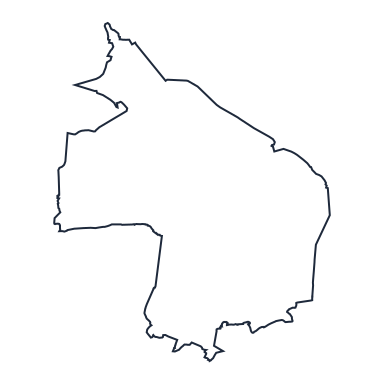 Cuitzeo, Michoacán, Mexico
{"feature_id": "50627088B4770354561434", "entity_name": "Cuitzeo", "entity_type": "district", "adm_level": 2, "iso_a3": "MEX", "parent_name": "Mexico", "parent_adm1": "Michoacán", "projection": "orthographic", "projection_center": [-101.122, 19.987], "detail": "fine", "context": "isolated", "style": "outline", "palette": "slate", "viewbox_px": 384, "rotation_deg": 0, "n_neighbors": 0, "source": "geoboundaries", "source_scale": "gbopen_adm2", "svg_char_len": 5782}
<svg xmlns="http://www.w3.org/2000/svg" viewBox="0 0 384 384"><path d="M75.1,85.0L94.6,91.0L96.5,90.9L97.0,92.8L97.1,93.0L103.0,95.1L110.4,99.8L113.7,102.5L114.3,103.2L116.4,107.0L117.6,107.5L117.0,103.3L116.9,103.1L119.2,102.5L120.4,101.8L121.5,102.2L124.0,104.6L127.2,108.3L126.6,111.0L99.4,127.2L95.9,130.3L95.2,131.3L93.9,131.5L92.2,131.1L90.2,130.6L88.5,130.2L86.6,130.3L85.2,130.3L84.1,130.5L82.2,130.7L80.9,131.0L78.6,132.0L76.9,133.3L75.1,134.4L73.5,134.3L67.6,133.0L65.4,161.3L64.5,163.9L63.9,165.1L62.1,166.7L59.4,167.9L58.3,170.2L58.4,171.0L58.7,177.0L59.2,193.3L59.2,194.7L58.9,194.7L58.8,195.4L58.3,195.4L58.2,196.2L57.4,196.1L57.4,198.1L59.1,198.4L57.6,200.9L58.5,203.1L58.3,203.4L58.2,203.6L57.8,203.8L58.2,205.7L58.4,208.0L59.2,208.7L59.5,210.7L60.3,212.3L54.6,218.1L54.2,223.1L54.5,223.9L55.1,224.1L55.8,223.8L56.3,223.8L57.6,223.7L57.9,223.7L58.7,223.8L59.3,224.0L59.6,224.8L59.8,224.9L60.0,225.3L60.0,228.6L60.2,229.2L60.2,229.6L59.3,231.2L61.6,231.1L62.8,231.2L64.3,231.6L65.6,231.2L67.2,230.5L67.4,230.1L74.3,228.7L76.0,228.6L83.4,228.1L90.7,227.8L95.5,228.1L98.9,227.5L101.5,227.1L102.9,226.9L104.6,226.9L107.6,226.1L109.6,225.4L111.8,224.4L121.0,224.4L122.0,224.8L132.1,224.5L134.0,224.2L134.2,224.4L134.8,224.3L134.8,224.6L135.7,224.2L136.5,224.0L137.6,224.1L140.5,224.2L142.2,224.0L145.1,224.2L145.2,224.5L145.4,224.6L146.0,224.5L146.3,224.5L146.6,224.7L147.2,224.7L147.6,225.0L147.7,225.6L147.8,225.6L148.2,225.4L148.4,225.4L148.5,225.5L148.7,225.8L149.9,226.2L151.0,227.3L151.5,228.3L151.7,228.6L152.1,229.0L153.3,230.3L153.1,230.6L153.0,230.8L153.0,231.0L153.6,231.6L157.2,234.3L157.2,234.0L157.7,234.5L158.1,234.6L158.3,234.6L158.7,234.7L159.0,234.7L159.4,234.9L159.6,234.9L159.6,235.2L160.4,235.6L161.6,236.0L161.9,236.0L155.5,286.3L155.0,287.5L154.6,287.4L153.8,288.0L153.5,288.5L153.7,288.8L153.2,289.6L146.8,304.2L145.6,307.5L145.5,308.2L145.3,308.5L144.5,312.5L144.5,313.5L146.0,316.7L146.0,317.0L146.7,318.6L148.9,320.6L150.1,321.9L150.3,322.5L150.1,323.7L150.6,324.7L151.4,325.3L150.0,326.3L148.6,327.7L147.6,329.0L147.2,329.6L147.0,330.7L146.7,332.3L147.8,333.8L150.9,337.6L151.4,337.4L152.2,337.2L152.5,336.9L153.1,335.5L153.1,335.2L153.3,335.0L154.1,336.1L155.3,336.9L156.7,337.0L159.3,337.8L162.3,337.5L162.9,337.0L163.2,335.1L165.4,335.0L168.3,336.5L177.2,339.9L175.7,343.9L175.6,344.8L175.4,344.9L175.1,345.5L175.1,346.1L174.8,347.3L174.8,347.5L174.9,347.9L174.1,347.9L173.8,349.1L172.9,351.3L174.9,351.5L179.1,349.7L180.2,348.4L181.6,347.0L183.0,345.9L184.1,344.8L184.6,344.5L185.9,344.6L186.8,344.6L187.7,344.8L188.7,344.8L189.7,344.8L191.7,342.5L200.7,346.3L202.0,347.6L202.3,349.0L203.4,349.4L204.0,349.7L205.3,349.9L206.0,350.0L205.4,350.4L204.6,351.6L204.6,352.2L205.3,352.5L206.2,353.2L206.2,353.9L204.5,357.3L205.3,357.7L206.0,357.9L206.6,358.0L207.3,358.2L207.9,358.7L208.5,359.5L208.2,359.9L208.9,360.1L209.1,359.9L209.4,360.1L209.6,361.0L210.9,360.3L210.9,360.1L213.1,358.2L214.8,355.0L216.2,352.8L223.0,351.1L214.0,345.8L216.6,331.1L216.5,330.8L216.6,329.4L217.0,329.1L217.7,328.8L219.1,328.6L220.1,328.7L220.5,328.5L220.4,328.0L219.9,327.8L220.0,327.5L220.3,327.1L221.3,326.8L221.0,326.6L220.8,326.3L220.9,325.9L221.2,325.5L221.9,325.5L221.9,325.2L222.0,324.4L222.1,323.6L222.5,323.2L223.2,322.3L224.1,321.9L224.8,322.0L225.1,322.1L225.5,322.1L226.0,321.9L226.7,322.1L227.0,322.9L227.4,322.8L227.7,323.0L227.7,323.4L227.5,323.7L227.1,323.9L227.1,324.3L227.2,324.7L226.9,324.9L226.9,325.1L228.2,324.9L228.8,324.6L229.9,324.6L231.3,324.5L233.5,324.7L234.6,324.5L235.6,324.1L236.3,324.3L236.9,324.7L237.7,324.8L237.9,324.3L243.0,324.0L242.9,323.6L243.3,323.2L243.9,322.8L246.5,322.2L247.2,321.9L248.6,321.9L249.8,322.6L249.9,323.4L249.7,323.7L249.0,323.9L248.3,324.0L248.0,324.2L248.3,324.7L249.1,325.5L250.2,327.7L250.9,330.7L251.5,331.9L252.3,332.7L253.0,332.8L253.6,332.6L254.3,331.7L255.6,331.2L257.3,329.9L258.5,328.8L259.6,328.0L260.6,327.5L261.8,327.0L263.8,326.9L264.0,327.3L265.3,326.7L268.5,324.6L271.1,323.3L275.3,321.5L275.8,321.2L276.0,321.1L278.9,320.5L281.7,320.0L282.4,320.1L283.2,320.4L284.3,321.2L284.6,321.6L285.5,322.1L286.9,322.0L288.4,321.8L290.8,321.7L292.2,321.5L292.5,321.2L292.5,320.5L292.1,319.5L291.9,318.2L291.9,317.1L289.9,314.1L288.9,313.5L288.1,312.7L287.3,312.1L287.1,312.0L287.1,311.6L287.5,310.9L288.3,310.1L288.9,309.7L289.0,309.3L292.6,307.7L294.9,307.8L295.5,307.6L295.6,307.3L295.7,306.7L296.1,306.1L296.3,305.3L296.4,304.6L296.2,303.0L296.5,302.8L297.5,302.5L311.0,300.5L312.2,300.2L312.2,296.5L312.4,296.5L312.4,295.1L313.0,286.6L313.1,285.6L312.9,282.5L313.4,276.4L313.8,271.5L314.5,262.2L314.6,259.6L315.9,244.7L329.8,215.2L327.8,188.1L326.1,187.6L326.7,185.6L325.5,184.4L326.0,183.0L324.5,180.2L321.5,176.4L319.1,175.0L316.1,173.9L314.6,172.3L312.2,169.9L311.1,167.1L310.2,167.0L308.5,164.7L307.3,163.2L303.5,159.9L297.1,154.9L294.4,153.2L291.3,151.6L283.5,148.9L274.3,151.5L273.0,146.7L271.5,145.9L271.9,145.1L274.0,144.5L274.8,142.1L273.0,139.2L269.2,136.7L254.0,128.2L240.1,119.1L237.7,117.4L220.2,107.4L216.7,104.9L197.6,86.5L187.9,80.9L186.5,80.6L167.2,79.7L165.6,80.8L141.9,51.6L136.1,44.4L135.2,42.6L132.0,44.4L129.2,39.7L126.0,39.8L122.7,39.7L120.4,39.3L119.7,39.3L119.9,37.2L119.3,37.3L118.6,35.7L118.5,33.9L118.0,33.2L114.2,30.2L113.9,30.0L113.3,30.1L113.0,30.0L112.9,29.9L111.2,28.9L110.5,27.2L110.2,26.8L109.9,26.0L109.9,25.6L109.8,25.4L109.8,25.1L109.5,24.5L107.7,23.0L105.3,24.1L104.7,26.0L105.5,28.1L106.1,29.4L106.3,30.0L107.5,32.4L108.3,37.0L108.1,37.4L108.0,39.1L108.3,39.8L109.7,40.0L109.0,42.7L112.1,43.2L113.3,46.7L112.0,49.1L110.5,50.7L110.5,50.9L109.8,52.0L108.7,53.9L107.6,56.0L109.0,56.1L109.8,56.3L110.8,56.6L111.5,56.8L110.5,60.2L107.0,62.3L106.2,65.1L105.7,67.6L103.2,73.9L99.8,77.0L96.2,78.9L75.1,85.0Z" fill="none" stroke="#1e293b" stroke-width="2"/></svg>